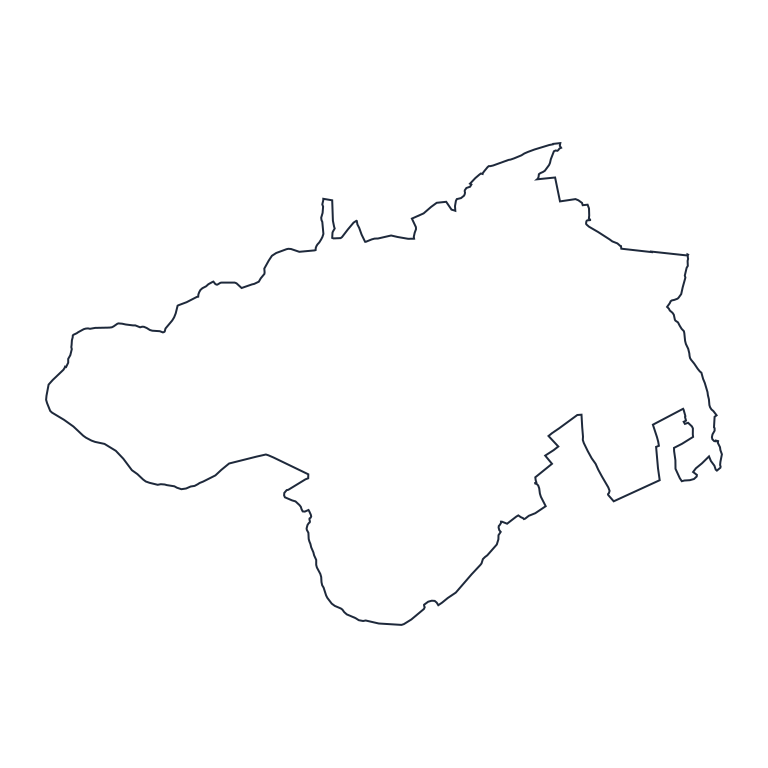 Rafaila, Vaslui, Romania
{"feature_id": "2599482B94397717577016", "entity_name": "Rafaila", "entity_type": "district", "adm_level": 2, "iso_a3": "ROU", "parent_name": "Romania", "parent_adm1": "Vaslui", "projection": "equal_earth", "projection_center": [27.373, 46.79], "detail": "fine", "context": "isolated", "style": "outline", "palette": "slate", "viewbox_px": 768, "rotation_deg": 0, "n_neighbors": 0, "source": "geoboundaries", "source_scale": "gbopen_adm2", "svg_char_len": 6081}
<svg xmlns="http://www.w3.org/2000/svg" viewBox="0 0 768 768"><path d="M438.3,605.2L442.0,602.7L447.9,597.9L455.8,592.6L471.6,574.3L480.4,564.9L481.5,563.5L482.9,559.1L484.9,557.1L487.3,555.3L496.8,544.5L498.4,539.3L498.5,535.2L500.7,531.9L499.3,530.2L498.6,527.6L498.8,526.0L499.9,524.8L501.1,522.7L501.0,521.7L502.0,521.7L507.1,523.7L516.3,516.6L518.3,515.4L520.9,517.2L523.1,518.2L523.9,519.1L525.2,518.6L528.8,515.8L535.3,513.2L545.7,506.2L540.9,496.8L539.9,493.6L539.2,488.3L538.2,485.5L536.9,484.1L535.2,483.5L535.2,483.1L535.9,483.2L536.4,482.5L535.7,480.3L535.3,477.3L552.0,463.8L545.2,455.6L553.7,450.1L558.3,446.5L548.5,436.0L552.1,433.1L559.3,428.2L577.3,415.0L581.5,414.7L582.2,427.1L583.0,436.7L582.8,439.9L583.8,443.0L587.8,451.2L591.7,458.3L595.6,463.8L598.2,469.6L602.0,476.6L608.3,487.4L609.6,490.9L608.9,493.1L608.2,493.8L608.0,494.4L608.3,495.1L613.7,501.3L659.7,480.2L658.0,468.3L656.1,446.9L658.9,445.8L658.2,441.7L657.0,437.2L652.9,424.7L683.1,408.8L683.6,409.7L685.4,416.2L685.0,416.9L686.0,420.6L683.7,421.8L684.9,423.9L688.1,422.8L691.9,426.4L692.9,428.4L692.8,434.3L693.1,436.9L682.0,443.8L674.0,447.9L674.1,451.1L675.4,460.3L675.5,468.8L679.8,478.2L681.8,481.2L684.5,480.5L689.8,480.2L694.0,479.0L696.7,476.5L696.9,474.9L693.1,472.0L695.9,468.3L702.0,463.3L709.0,456.4L710.9,461.0L714.4,465.7L715.7,469.6L716.9,470.6L720.4,467.7L720.6,466.5L720.1,465.0L720.4,461.9L721.9,454.3L720.4,450.1L720.0,447.2L717.9,443.0L718.1,441.1L715.9,440.6L715.8,441.3L714.2,441.1L712.4,439.3L711.9,437.2L712.5,434.4L714.6,430.7L714.6,428.2L714.0,427.3L714.6,416.8L716.6,415.3L713.4,411.1L711.4,409.4L710.1,407.3L709.4,405.1L708.9,399.3L707.9,395.2L707.5,392.1L704.8,383.0L703.1,378.9L701.4,372.7L699.9,371.5L697.7,368.8L694.2,363.6L691.1,359.8L690.1,358.2L689.6,356.1L689.3,353.3L688.2,348.8L685.9,344.0L685.1,340.9L684.3,333.1L683.9,331.2L681.6,328.8L679.7,325.7L678.0,322.4L675.5,320.7L674.9,319.8L673.8,314.7L672.5,312.8L669.8,310.5L668.9,308.7L667.1,306.9L669.7,303.3L670.7,301.2L671.9,300.4L674.3,299.9L677.5,298.7L678.5,297.8L681.2,294.1L682.7,287.3L685.4,277.6L684.8,275.6L686.6,267.9L687.8,265.9L687.6,260.9L688.1,258.8L687.8,257.3L687.8,255.2L688.1,254.7L687.5,254.4L687.5,255.5L651.4,251.6L651.6,252.1L621.3,248.7L621.0,246.2L620.6,246.2L617.4,243.4L612.3,241.4L609.6,239.4L598.1,232.0L589.0,226.7L586.7,224.7L586.1,223.9L586.1,223.1L586.4,221.3L586.8,220.7L587.4,220.3L589.7,220.2L590.1,220.1L590.1,219.6L588.9,218.4L589.2,215.5L589.0,208.5L587.6,204.7L582.7,205.2L582.0,202.9L578.4,200.3L575.5,199.1L560.0,201.4L555.1,177.5L537.1,179.3L537.7,178.8L538.5,177.2L538.9,174.2L540.4,173.1L542.9,172.0L544.8,170.8L549.1,165.0L550.0,162.9L550.8,159.3L553.9,151.3L555.6,150.5L557.4,150.8L558.2,150.2L559.5,148.5L561.1,147.8L559.8,145.8L560.3,143.1L553.1,143.9L553.0,144.3L549.3,145.0L534.5,149.5L528.0,151.9L524.3,153.5L521.5,155.3L514.0,158.4L510.5,159.6L508.6,159.9L493.1,165.5L490.5,166.1L488.8,166.1L487.6,167.1L484.3,171.1L482.8,173.1L482.6,174.0L480.9,173.5L479.4,174.6L475.3,178.1L470.0,183.7L471.4,184.5L470.1,186.7L466.4,188.0L464.8,190.3L464.7,191.3L465.0,192.5L464.8,193.9L464.1,195.6L461.0,198.1L456.8,199.1L455.9,200.9L455.0,206.1L455.3,210.8L451.5,209.6L446.2,201.8L436.7,202.8L431.1,206.9L423.6,213.4L411.9,218.6L415.9,227.1L416.0,229.2L414.7,232.7L413.8,236.8L414.1,238.7L408.1,238.8L397.7,237.0L391.1,235.5L378.0,238.5L374.6,238.6L371.7,239.4L365.8,241.8L365.1,241.8L361.6,234.6L359.2,227.9L357.4,224.4L356.8,221.0L356.4,220.8L353.6,222.6L347.9,229.4L342.0,237.1L340.6,238.1L333.5,238.4L332.2,237.9L332.5,232.7L332.9,231.6L334.7,228.5L334.1,226.7L332.9,220.7L332.2,200.3L323.3,198.8L323.3,200.1L322.3,204.4L323.1,206.6L322.6,212.9L321.2,217.7L321.5,220.1L322.3,221.9L323.4,233.9L322.4,237.0L321.1,239.5L319.3,242.4L317.4,244.5L316.5,246.0L315.8,247.7L315.6,250.1L314.5,250.4L299.3,251.8L291.0,249.0L288.3,248.8L286.5,249.2L276.2,253.0L271.9,255.8L268.8,260.5L264.3,268.6L264.6,272.3L264.4,273.9L260.7,278.4L258.8,281.7L254.2,283.9L252.0,284.4L241.6,288.0L236.5,283.3L234.7,282.6L221.5,282.6L220.4,282.8L217.4,284.6L216.4,284.6L215.2,283.9L213.4,281.6L212.6,281.9L208.4,284.2L206.1,286.3L202.4,288.2L200.4,290.0L199.2,292.2L198.4,294.4L198.2,296.7L196.9,296.9L186.6,302.2L178.3,305.3L177.6,305.7L175.7,313.4L174.1,317.4L172.2,320.5L165.5,328.5L164.7,331.5L163.9,332.1L162.9,332.4L159.8,331.2L152.3,330.7L149.9,330.0L146.7,328.0L143.9,326.8L142.2,326.7L140.1,327.3L135.3,325.4L133.0,325.4L125.8,324.5L122.1,323.7L118.4,323.4L117.3,323.8L113.6,326.4L111.8,327.3L109.3,327.6L95.2,327.9L90.0,328.8L88.0,328.4L85.7,328.6L83.7,329.2L78.2,332.2L76.8,333.2L73.4,334.8L72.8,335.5L72.7,337.3L71.9,340.3L71.6,345.0L71.3,347.1L71.8,349.1L70.3,355.2L68.2,358.9L68.2,362.7L66.1,367.0L65.1,366.6L64.6,367.9L63.4,369.8L52.7,380.0L48.6,384.6L46.5,395.7L46.1,399.8L47.1,403.2L50.2,410.9L52.0,412.6L64.0,419.8L73.4,426.5L83.2,435.7L86.0,437.7L91.5,440.6L95.1,441.9L104.5,443.9L115.8,450.8L123.3,458.7L131.9,470.2L137.4,474.1L143.1,479.5L145.8,481.5L149.5,482.8L157.7,484.8L160.8,484.2L164.7,484.5L166.8,485.1L174.4,486.3L176.9,487.7L181.4,489.2L186.1,488.5L190.7,486.5L194.6,485.9L197.8,484.2L199.6,483.0L203.1,481.6L215.4,475.4L221.3,469.9L229.1,463.5L256.6,456.6L265.9,454.5L268.4,455.3L273.5,457.5L308.3,474.3L308.2,478.3L305.5,479.3L288.3,489.8L286.7,490.1L284.3,492.9L284.1,495.4L284.9,497.3L292.1,500.4L295.5,501.4L299.4,505.0L300.8,506.8L301.6,509.3L302.7,511.4L304.8,511.6L308.5,510.0L309.2,511.2L310.8,514.7L311.2,516.4L310.7,517.6L309.6,518.4L309.4,519.0L309.9,521.5L309.7,522.4L308.7,523.2L307.5,525.0L306.6,528.4L306.8,529.8L308.4,532.8L308.7,539.0L309.4,541.5L310.4,543.9L311.2,547.3L313.4,552.4L314.1,555.3L316.2,559.9L316.2,564.9L316.9,567.5L320.3,573.9L321.2,577.0L321.5,582.2L322.2,585.3L323.6,587.6L326.1,595.4L327.3,597.8L331.7,603.6L334.8,605.9L340.9,608.5L342.4,609.6L344.2,612.1L346.8,614.4L355.5,618.1L358.8,620.2L363.1,621.0L365.7,620.5L378.8,623.5L401.5,624.9L403.9,624.1L411.3,619.5L423.9,609.0L424.7,607.2L424.1,605.8L424.1,604.7L428.2,601.7L431.8,600.7L434.7,600.9L436.7,602.6L438.3,605.2Z" fill="none" stroke="#1e293b" stroke-width="2"/></svg>